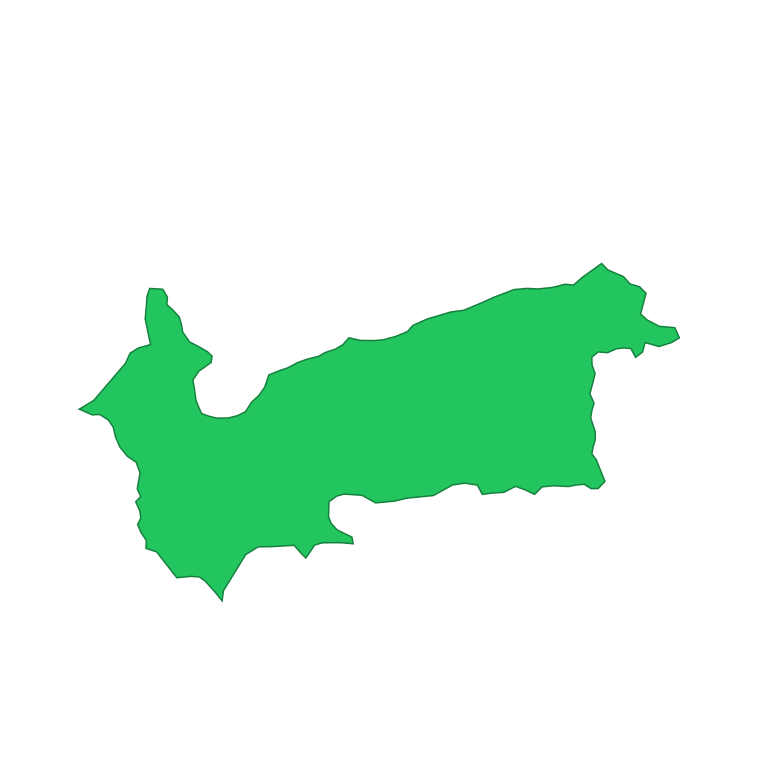 outline of Natuba, Paraíba, Brazil, rotated 66°
{"feature_id": "56859067B58433670335003", "entity_name": "Natuba", "entity_type": "district", "adm_level": 2, "iso_a3": "BRA", "parent_name": "Brazil", "parent_adm1": "Paraíba", "projection": "robinson", "projection_center": [-35.567, -7.549], "detail": "fine", "context": "isolated", "style": "filled", "palette": "green", "viewbox_px": 768, "rotation_deg": 66, "n_neighbors": 0, "source": "geoboundaries", "source_scale": "gbopen_adm2", "svg_char_len": 2232}
<svg xmlns="http://www.w3.org/2000/svg" viewBox="0 0 768 768"><g transform="rotate(66 384 384)"><path d="M201.4,559.2L207.7,565.0L215.4,569.0L227.4,575.7L253.0,581.2L251.2,593.9L252.6,603.4L259.9,611.7L265.6,623.6L281.0,656.0L281.9,663.2L283.0,672.6L293.5,663.1L296.3,656.0L304.9,650.4L313.3,648.9L323.5,650.9L334.6,650.9L345.7,647.8L354.7,642.2L365.9,643.0L379.5,652.1L387.9,652.0L390.6,658.7L400.7,658.7L407.6,660.7L412.2,666.3L421.3,666.3L430.4,664.8L437.3,668.3L444.9,660.0L476.7,652.1L481.2,638.7L485.1,631.2L491.2,627.6L504.9,623.1L516.3,620.1L507.6,614.8L483.6,579.7L481.6,565.3L486.7,553.2L494.8,531.7L503.6,529.0L511.2,526.2L502.9,512.8L504.1,504.6L511.5,487.8L517.4,477.2L510.9,475.6L498.0,486.3L489.6,489.0L482.5,488.6L469.1,482.0L467.2,472.9L468.3,465.3L476.7,449.4L489.2,440.0L495.2,422.3L497.6,409.5L506.0,384.2L504.1,362.5L507.4,350.6L514.3,339.8L524.8,339.1L527.6,329.7L531.7,318.6L531.0,305.5L538.1,298.1L546.1,291.3L542.3,281.4L545.7,271.1L549.2,264.0L552.7,257.2L554.4,249.8L557.1,241.8L563.7,237.5L566.6,230.9L562.8,221.8L539.4,220.9L532.4,222.5L526.8,218.8L521.0,213.8L513.6,210.5L506.6,209.8L499.2,209.0L493.1,205.1L486.8,199.9L476.7,199.9L467.3,192.3L460.3,186.9L451.2,186.2L444.0,183.2L441.8,175.4L446.3,167.1L446.4,157.2L448.5,150.4L452.0,144.1L462.0,143.3L459.9,134.7L452.3,128.7L456.9,123.1L461.6,117.7L463.1,104.5L462.0,95.4L450.9,95.4L443.3,109.0L432.5,117.6L424.4,121.1L416.8,115.0L407.7,107.7L399.1,111.0L392.7,118.5L383.3,121.6L370.8,133.1L362.4,136.2L364.2,144.6L367.0,158.7L370.7,170.6L366.6,177.8L364.2,191.3L359.6,205.1L354.8,214.5L350.6,226.9L349.5,247.4L349.5,262.8L349.1,281.0L345.3,294.1L343.7,307.0L342.2,317.5L342.2,333.7L345.7,341.5L345.3,353.9L343.3,366.8L340.1,375.9L334.6,387.8L327.5,397.3L331.3,405.5L332.4,414.7L331.3,424.9L332.1,432.5L330.1,443.9L329.3,453.9L330.1,465.3L329.3,473.6L328.9,485.5L338.4,494.3L343.7,503.2L346.8,512.5L353.0,521.9L353.3,531.0L351.7,540.1L347.1,550.7L341.8,557.5L336.9,562.6L329.3,562.7L322.0,562.3L312.6,559.5L302.6,557.0L297.0,547.9L294.1,533.3L288.6,529.7L282.6,532.2L275.0,537.7L266.6,544.4L254.8,546.8L247.0,544.8L239.7,543.8L230.5,546.8L223.1,550.1L216.5,546.5L207.4,547.6L201.4,559.2Z" fill="#22c55e" stroke="#15803d" stroke-width="1.5"/></g></svg>